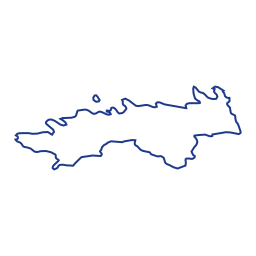 map outline of Harju (Equal Earth projection)
{"feature_id": "EST-1654", "entity_name": "Harju", "entity_type": "County", "adm_level": 1, "iso_a3": "EST", "parent_name": "Estonia", "parent_adm1": "", "projection": "equal_earth", "projection_center": [24.879, 59.328], "detail": "fine", "context": "isolated", "style": "outline", "palette": "blue", "viewbox_px": 256, "rotation_deg": 0, "n_neighbors": 0, "source": "natural_earth", "source_scale": "10m", "svg_char_len": 3457}
<svg xmlns="http://www.w3.org/2000/svg" viewBox="0 0 256 256"><path d="M15.4,139.5L16.6,139.6L17.8,138.5L17.9,137.2L17.2,136.1L15.9,135.4L17.1,133.9L19.3,133.2L28.3,133.1L32.6,133.8L37.4,133.6L42.6,132.3L47.8,132.0L52.0,134.7L54.0,131.9L53.2,129.7L46.8,124.3L45.9,123.1L46.2,121.8L47.5,120.5L48.9,119.7L50.4,119.5L52.1,119.7L55.0,121.0L60.6,124.7L63.5,125.5L66.4,124.6L65.5,122.5L62.9,120.3L60.5,118.9L62.5,118.1L71.4,117.7L74.9,116.8L76.1,115.4L77.3,111.4L77.8,110.6L84.4,109.6L86.7,109.8L88.7,110.7L92.3,113.3L94.3,113.9L96.2,113.3L97.8,112.3L99.4,111.6L101.3,111.9L107.1,114.5L108.9,114.7L110.7,114.2L110.3,113.1L108.7,112.0L106.8,111.5L106.8,110.6L109.5,110.8L110.5,110.5L111.0,109.4L111.3,108.0L112.2,107.6L113.3,107.7L114.5,108.2L116.3,110.0L117.6,112.1L119.2,113.5L122.1,113.1L123.2,112.5L123.8,112.0L126.2,109.0L126.4,108.4L125.5,106.5L124.8,105.8L123.9,105.3L123.2,104.7L122.8,103.6L122.8,102.5L122.7,101.6L122.5,100.8L122.1,99.9L125.2,98.6L129.0,100.5L135.8,105.7L138.4,106.1L146.2,104.9L148.6,105.3L152.8,107.0L154.9,107.3L156.8,106.7L155.9,103.6L157.3,102.3L159.7,102.4L164.6,104.4L186.2,108.2L186.3,108.2L185.6,105.4L186.9,103.8L189.4,103.2L198.8,103.2L199.9,102.9L199.8,102.0L199.1,101.2L198.0,100.8L195.1,98.6L193.6,93.7L193.2,88.9L193.8,86.7L195.6,87.6L198.9,91.6L200.8,92.5L203.0,93.0L204.7,94.3L207.7,97.4L210.0,98.4L213.3,99.1L216.2,98.8L217.4,96.6L216.6,94.5L215.1,93.2L214.0,91.6L214.6,89.1L213.9,89.0L213.0,88.6L212.6,88.4L215.0,86.6L218.1,87.2L223.7,90.8L222.9,91.7L224.2,93.2L225.0,96.1L226.4,97.4L228.3,98.0L229.4,97.9L229.5,98.3L229.5,101.2L229.0,101.7L227.2,103.2L227.1,103.9L227.2,104.5L228.2,105.9L228.7,106.4L229.9,107.5L230.7,112.4L230.9,113.0L231.8,113.9L234.8,115.3L235.1,116.0L235.4,116.9L235.2,117.8L235.6,119.3L235.7,120.3L236.1,121.5L236.7,122.5L237.8,123.8L238.4,125.2L240.5,131.3L240.6,132.0L240.5,133.0L238.7,134.1L230.8,132.5L225.8,132.2L212.4,134.5L212.3,136.0L211.6,136.2L210.6,136.3L209.0,136.0L205.1,134.6L198.0,135.1L194.5,135.6L194.3,136.1L194.5,136.8L195.6,138.0L196.7,139.5L197.3,141.9L196.9,143.5L196.1,145.2L194.2,147.3L191.5,151.6L193.0,154.8L193.4,155.2L194.7,155.9L194.7,157.2L194.1,157.8L193.3,158.4L192.2,158.9L190.7,158.8L189.1,158.5L186.7,158.5L185.7,159.1L185.5,160.2L185.9,162.7L185.4,165.6L177.6,168.5L173.4,167.2L170.1,165.4L167.0,164.1L165.6,163.1L165.0,162.2L164.8,161.4L164.6,160.7L164.4,159.9L164.1,159.1L163.7,157.8L162.0,156.7L160.9,156.1L160.0,156.1L159.4,156.3L157.0,156.3L151.2,154.3L149.7,152.3L143.0,150.9L140.6,149.8L140.1,149.3L139.1,148.2L137.3,146.3L135.5,145.3L134.8,144.2L134.7,143.0L135.3,140.2L131.5,140.1L124.6,141.3L123.2,141.7L122.3,142.2L111.0,141.3L107.7,142.7L106.3,143.9L104.3,144.9L103.5,145.6L101.9,147.4L101.3,149.8L100.0,151.2L100.2,151.9L100.8,152.5L101.6,153.6L101.8,154.2L101.1,155.8L100.1,156.0L92.7,155.5L87.3,156.3L81.7,157.1L80.7,157.8L75.2,163.2L73.1,165.7L66.2,165.3L63.0,164.7L60.7,164.8L59.3,165.2L58.6,165.8L58.2,166.4L57.9,167.0L57.1,168.1L54.2,169.4L53.1,168.6L52.7,168.1L52.7,167.5L53.0,166.3L53.7,165.4L54.3,164.7L58.3,161.0L58.7,160.5L58.7,160.2L58.2,159.7L57.1,159.0L56.1,158.2L55.7,157.0L55.8,156.1L55.7,155.2L55.4,154.6L51.2,152.3L46.0,151.0L40.5,151.2L37.9,151.9L36.8,152.0L34.5,151.6L31.1,148.9L29.7,148.2L27.4,147.5L24.2,146.9L23.1,146.2L21.4,143.7L20.2,142.6L17.0,141.3L15.4,139.6L15.4,139.5ZM96.2,95.3L97.7,97.0L99.6,100.1L98.9,101.3L96.2,101.8L93.5,99.9L93.3,97.6L94.6,95.5L96.2,95.3Z" fill="none" stroke="#1e3a8a" stroke-width="2"/></svg>